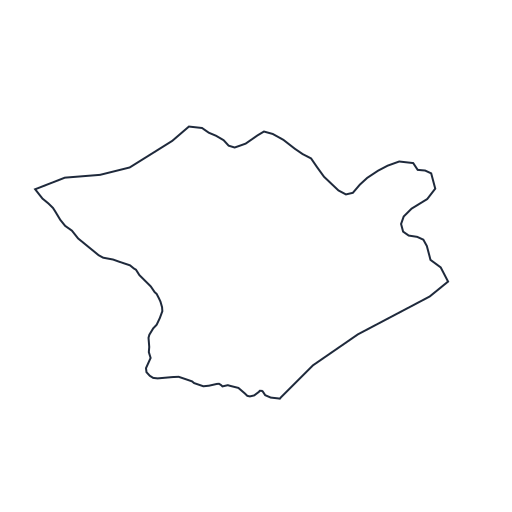 outline of Mayo-Sava, Extrême-Nord, Cameroon, rotated 253°
{"feature_id": "32672807B4790524999002", "entity_name": "Mayo-Sava", "entity_type": "district", "adm_level": 2, "iso_a3": "CMR", "parent_name": "Cameroon", "parent_adm1": "Extrême-Nord", "projection": "robinson", "projection_center": [14.142, 11.061], "detail": "fine", "context": "isolated", "style": "outline", "palette": "slate", "viewbox_px": 512, "rotation_deg": 253, "n_neighbors": 0, "source": "geoboundaries", "source_scale": "gbopen_adm2", "svg_char_len": 1583}
<svg xmlns="http://www.w3.org/2000/svg" viewBox="0 0 512 512"><g transform="rotate(253 256 256)"><path d="M399.4,229.7L390.6,209.6L389.3,204.8L377.6,161.1L379.2,130.6L386.8,96.1L384.4,64.3L373.3,68.6L367.0,72.8L361.3,75.9L357.4,77.0L347.8,79.4L340.6,82.3L334.0,87.4L324.8,91.0L312.1,99.5L302.8,105.7L299.1,109.3L294.4,118.3L290.3,123.8L283.9,132.8L279.7,135.6L278.0,137.2L271.8,138.9L257.6,146.5L251.1,148.5L248.8,149.9L243.9,150.8L240.3,151.3L234.5,151.2L230.6,150.3L224.8,145.9L219.3,140.9L216.9,136.6L211.9,131.0L209.2,129.3L200.2,127.3L195.4,125.4L189.3,125.4L180.9,118.0L176.9,117.3L172.5,119.4L169.5,122.0L167.7,126.2L164.6,140.9L163.1,146.7L158.8,152.7L154.8,158.2L152.6,159.6L146.8,167.6L145.7,173.2L145.1,181.2L144.6,183.3L142.7,184.9L141.1,185.8L140.7,191.3L139.7,192.8L138.6,194.6L135.0,200.6L127.9,205.1L124.8,206.8L123.5,209.1L123.2,213.5L125.2,219.0L126.0,220.2L125.3,222.2L124.6,222.8L120.2,224.1L116.3,228.7L113.5,235.2L112.6,237.1L113.6,238.6L134.8,278.5L151.3,330.6L166.5,410.3L175.4,432.2L191.1,429.3L201.3,421.7L205.2,421.9L215.6,422.3L222.7,420.8L227.2,415.7L230.9,408.0L236.3,403.8L244.2,404.1L250.6,408.8L255.8,418.6L260.4,436.4L268.0,447.1L283.8,447.7L288.3,442.7L291.1,435.8L298.9,433.5L304.5,420.6L303.9,408.3L301.9,397.7L298.2,385.2L293.9,376.2L288.1,367.1L288.6,360.0L294.6,354.0L311.9,344.2L323.3,340.3L333.2,337.2L339.8,330.4L347.2,324.5L359.0,316.2L367.8,307.7L372.7,300.0L370.9,292.7L366.5,279.0L366.2,272.7L366.0,267.3L369.5,262.1L376.2,258.9L382.7,252.9L387.7,246.9L394.2,241.8L399.4,229.7Z" fill="none" stroke="#1e293b" stroke-width="2"/></g></svg>